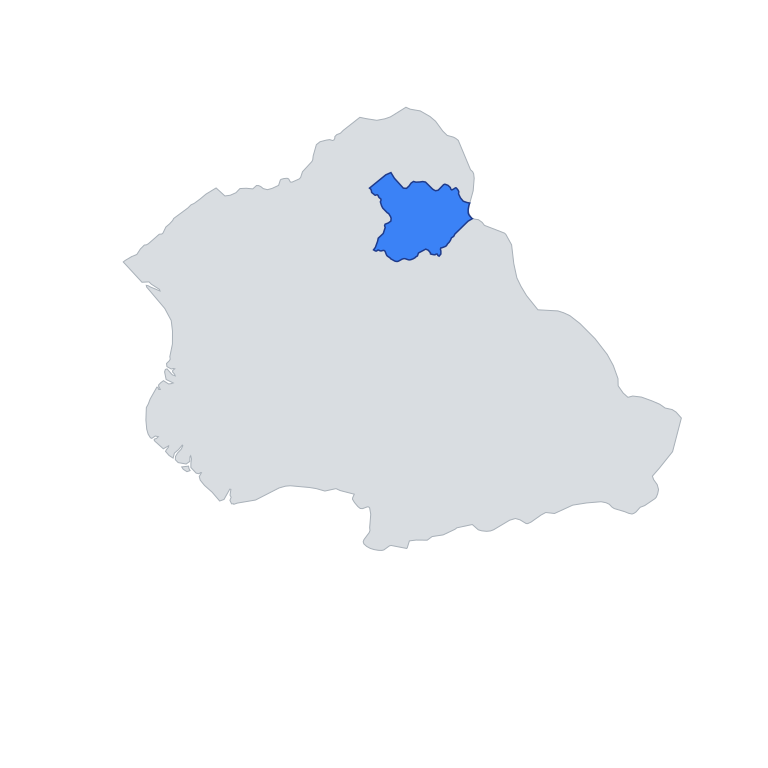 Nigeria, with Zamfara highlighted, rotated 50°
{"feature_id": "NGA-2872", "entity_name": "Zamfara", "entity_type": "State", "adm_level": 1, "iso_a3": "NGA", "parent_name": "Nigeria", "parent_adm1": "", "projection": "mercator", "projection_center": [6.327, 12.019], "detail": "fine", "context": "in_parent", "style": "filled", "palette": "blue", "viewbox_px": 768, "rotation_deg": 50, "n_neighbors": 0, "source": "natural_earth", "source_scale": "10m", "svg_char_len": 5573}
<svg xmlns="http://www.w3.org/2000/svg" viewBox="0 0 768 768"><g transform="rotate(50 384 384)"><path d="M601.2,178.1L621.3,206.4L625.5,227.3L627.1,237.6L630.5,238.9L636.7,239.4L641.3,241.5L644.0,244.9L645.7,248.1L646.0,250.0L644.7,262.5L643.1,267.0L644.0,273.2L643.7,275.8L643.0,277.6L640.3,279.7L636.5,281.7L627.4,287.7L624.8,288.5L621.0,288.7L617.7,290.2L613.7,293.4L605.3,305.3L598.1,317.3L592.8,336.6L586.4,342.7L585.3,348.0L584.3,360.1L583.3,363.7L582.3,364.8L575.5,367.1L571.5,369.8L569.1,375.3L566.1,393.8L565.0,396.9L562.8,400.1L559.3,403.5L556.3,405.5L548.4,406.7L541.0,420.6L540.9,423.1L537.6,435.7L531.8,445.2L531.4,451.3L524.2,459.7L520.5,465.4L524.3,471.3L524.6,472.3L512.3,482.3L511.5,483.8L511.0,490.8L510.1,492.6L507.8,495.2L504.5,498.0L501.1,500.2L497.2,501.7L493.6,502.2L491.5,501.4L490.3,499.3L488.3,490.8L487.2,488.9L484.8,487.3L475.3,477.9L469.6,474.6L468.3,474.8L467.4,475.7L465.7,480.5L464.1,482.2L461.1,482.8L455.8,482.8L452.0,482.2L451.1,481.3L449.3,477.6L437.4,486.1L433.3,488.0L428.0,498.1L420.6,503.1L415.5,507.5L401.7,521.2L398.9,525.2L396.2,531.2L390.3,557.0L380.9,573.0L379.6,576.4L379.0,576.3L377.8,577.8L374.1,576.8L372.5,573.9L370.2,573.4L366.3,569.0L365.4,569.7L369.6,580.8L368.0,585.1L356.4,585.2L346.4,586.7L339.6,586.6L336.1,585.0L334.6,580.8L334.0,581.3L333.7,583.5L331.5,585.2L323.8,585.6L320.4,582.7L317.6,579.6L314.7,578.2L315.1,579.5L318.5,582.6L318.1,587.0L311.9,592.2L307.9,592.5L305.5,590.3L304.2,586.6L303.6,581.3L302.0,577.8L301.1,577.8L302.2,583.6L302.2,589.0L305.2,593.2L300.6,594.6L295.2,594.7L294.5,593.1L293.8,589.6L292.9,588.7L291.8,594.7L280.6,596.3L279.0,596.1L278.7,595.0L279.5,593.3L279.3,590.7L276.8,592.7L276.4,596.8L275.0,597.5L270.8,596.9L266.1,594.8L258.6,589.6L249.3,581.2L247.8,577.4L245.2,572.8L240.4,560.0L241.2,559.4L243.4,560.1L244.4,558.9L240.6,558.0L239.8,557.1L239.5,554.2L239.7,550.8L245.5,549.0L246.9,546.9L247.7,544.8L240.5,548.0L233.7,544.3L232.3,542.1L233.0,540.5L240.8,540.3L243.6,538.7L241.9,538.1L238.9,538.2L237.8,537.1L237.9,534.5L236.9,535.1L235.7,537.4L231.1,539.1L228.5,537.4L228.2,533.6L227.6,531.8L225.4,530.5L217.4,520.4L207.5,512.0L198.6,506.2L185.2,503.4L157.1,503.5L155.6,502.7L157.3,501.4L159.7,500.5L168.8,495.8L167.2,495.2L157.9,498.1L154.7,498.4L150.5,504.0L122.9,505.3L123.0,502.7L124.2,495.3L125.9,490.1L124.0,483.9L123.5,478.3L124.7,476.5L125.1,474.4L124.8,459.9L126.3,457.8L126.3,456.3L123.5,450.1L123.5,445.4L122.9,440.8L122.0,438.7L123.1,421.0L122.7,416.7L123.6,413.5L124.1,405.9L124.1,398.4L125.9,386.6L137.7,385.0L140.6,380.4L142.3,374.5L141.7,368.7L145.6,363.6L150.2,359.1L150.0,354.1L151.3,352.6L153.5,351.5L156.7,350.9L160.2,348.4L162.2,344.1L164.1,337.1L161.1,332.3L161.1,331.2L162.3,328.6L164.1,326.0L165.6,325.2L169.1,325.9L170.2,324.8L172.4,317.2L172.2,315.1L169.0,310.0L167.2,296.1L166.3,294.3L163.8,291.7L157.2,282.0L157.3,277.3L160.1,271.4L161.9,268.5L164.4,266.9L164.9,265.5L164.2,263.8L162.9,262.6L162.6,259.9L163.9,256.2L163.5,252.1L164.2,231.1L169.5,226.9L177.4,220.0L181.4,212.9L183.5,207.4L186.1,189.3L190.3,187.3L198.1,180.7L208.8,176.8L215.8,175.6L228.0,176.4L234.2,175.8L239.4,172.2L241.8,171.2L245.1,170.5L275.5,180.0L278.3,179.6L280.6,180.2L284.4,182.7L293.3,191.5L302.7,205.1L305.6,208.0L308.5,209.5L311.5,210.1L313.8,209.9L316.0,208.6L318.9,206.0L323.4,204.9L327.0,205.1L345.9,194.7L347.7,194.5L359.4,196.8L375.2,207.2L388.1,214.0L397.2,216.3L407.9,218.0L426.1,218.4L439.8,203.8L444.9,200.6L451.1,197.7L463.8,195.0L485.0,193.2L504.9,194.0L517.3,196.5L530.3,201.3L535.9,205.8L544.7,206.6L551.0,205.7L553.1,201.2L559.5,195.2L569.0,189.7L576.7,185.8L583.1,184.1L588.8,179.7L593.3,178.3L601.2,178.1ZM324.5,591.3L320.3,592.6L317.5,592.3L321.3,586.5L323.2,587.7L325.7,588.2L324.5,591.3Z" fill="#d9dde1" stroke="#a8b0b8" stroke-width="1"/><path d="M300.5,202.0L301.6,204.0L304.2,207.1L305.8,208.5L307.2,209.6L308.5,210.1L310.0,210.3L313.3,210.3L314.1,210.1L313.3,214.9L314.7,233.4L315.7,235.7L315.4,238.4L316.6,240.7L317.3,243.0L317.5,245.3L318.0,246.6L318.2,248.0L317.9,249.1L317.0,251.7L316.3,253.1L317.1,254.2L318.6,254.9L321.0,256.9L321.5,259.6L320.2,260.1L318.8,259.7L318.0,260.5L317.8,261.9L316.8,262.9L314.9,264.4L314.2,264.8L314.0,264.7L313.6,264.2L313.3,264.1L310.0,264.1L307.5,265.3L305.8,273.4L307.4,276.1L307.1,277.6L307.2,279.2L306.8,281.3L306.1,283.3L305.4,284.6L304.5,285.5L301.4,287.4L300.5,288.6L300.0,289.9L299.2,293.9L298.8,294.9L298.2,295.6L297.5,296.2L296.8,296.7L293.1,298.1L292.7,298.3L292.3,298.4L291.6,298.3L291.1,298.4L288.2,299.2L287.2,299.2L286.3,299.0L283.4,298.0L282.5,297.9L281.6,298.2L281.1,298.8L280.3,300.5L279.7,301.2L279.3,301.5L278.2,301.9L277.8,302.2L277.4,302.8L277.4,303.3L277.4,303.9L277.2,304.5L276.5,305.1L274.5,305.8L273.8,302.8L270.5,297.1L268.6,294.7L268.2,287.8L264.9,282.5L263.1,281.8L262.3,280.4L263.4,277.1L263.6,274.0L261.6,272.0L259.9,271.4L256.6,270.9L255.9,271.0L255.2,271.4L248.5,271.9L245.9,271.3L242.1,269.7L241.5,268.4L240.4,267.5L238.0,267.9L236.9,267.8L236.0,267.4L235.0,267.4L234.2,268.2L233.9,269.3L233.1,269.7L232.1,269.8L229.8,270.3L228.9,270.2L228.2,269.6L226.4,268.9L224.6,269.2L224.9,248.2L226.5,242.8L233.0,243.8L246.4,243.3L248.6,241.0L248.4,237.4L247.5,234.1L247.8,231.2L249.9,229.8L252.2,226.8L253.8,224.2L256.0,222.4L265.9,221.5L267.5,221.0L269.1,220.3L270.4,217.9L269.6,210.2L270.1,208.9L272.9,207.3L276.1,206.9L277.8,207.6L278.9,207.3L279.4,205.5L279.5,204.3L279.7,203.1L280.3,202.6L282.4,202.6L283.3,202.7L284.1,202.9L284.9,203.2L285.6,204.0L286.3,204.7L290.6,205.8L294.9,205.8L298.3,203.8L300.5,202.0L300.5,202.0Z" fill="#3b82f6" stroke="#1e3a8a" stroke-width="1.5"/></g></svg>